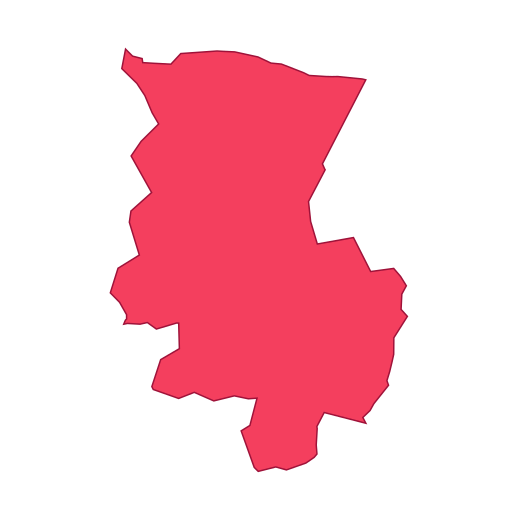 outline of Obokun, Osun, Nigeria, rotated 266°
{"feature_id": "59680162B29331014496737", "entity_name": "Obokun", "entity_type": "district", "adm_level": 2, "iso_a3": "NGA", "parent_name": "Nigeria", "parent_adm1": "Osun", "projection": "mercator", "projection_center": [4.764, 7.778], "detail": "fine", "context": "isolated", "style": "filled", "palette": "rose", "viewbox_px": 512, "rotation_deg": 266, "n_neighbors": 0, "source": "geoboundaries", "source_scale": "gbopen_adm2", "svg_char_len": 1331}
<svg xmlns="http://www.w3.org/2000/svg" viewBox="0 0 512 512"><g transform="rotate(266 256 256)"><path d="M234.0,392.5L232.5,369.3L267.6,354.5L263.7,318.0L286.6,312.9L306.7,312.2L337.2,331.0L338.2,330.5L343.3,328.7L424.1,377.8L425.1,374.6L425.4,373.1L429.3,350.2L429.6,344.3L430.2,338.0L432.4,321.6L435.4,316.5L439.2,308.5L445.7,294.7L447.4,284.4L454.4,271.9L461.1,249.0L462.4,237.7L463.2,231.4L463.2,221.9L463.2,210.6L463.2,195.1L453.3,184.5L455.3,168.0L456.8,156.5L460.9,156.2L464.0,146.8L471.5,140.3L452.3,135.2L436.5,149.2L423.8,156.3L406.1,162.4L394.5,168.1L378.4,149.4L364.5,138.4L326.6,156.3L309.6,134.4L298.5,132.0L265.1,139.7L253.4,117.5L229.4,108.1L219.3,116.7L206.5,122.8L202.1,122.5L201.3,121.4L199.9,120.6L197.2,119.3L197.7,123.0L196.1,135.6L197.2,143.0L190.1,151.5L194.7,172.2L194.4,174.2L168.9,173.1L159.3,153.7L133.0,143.0L130.0,144.2L119.3,168.9L124.3,184.9L114.4,203.8L118.0,224.6L114.1,238.4L114.1,247.1L87.4,238.1L82.6,229.0L45.2,239.5L41.0,243.2L44.2,261.0L40.5,271.4L46.0,291.4L51.1,300.0L54.2,303.0L63.3,302.9L79.7,305.0L81.6,304.8L95.1,313.1L81.5,353.9L87.5,351.3L93.9,359.0L100.5,363.3L117.8,379.2L122.5,377.9L131.4,381.3L141.2,384.4L148.3,386.5L164.8,387.8L185.2,402.8L192.6,397.0L207.8,398.8L215.8,403.9L216.0,403.8L225.5,398.8L234.0,392.5Z" fill="#f43f5e" stroke="#9f1239" stroke-width="1.5"/></g></svg>